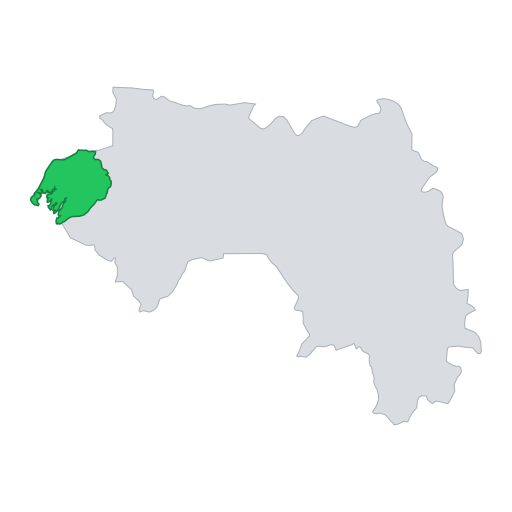 Guinea, with Boke highlighted
{"feature_id": "GIN-5629", "entity_name": "Boke", "entity_type": "Prefecture", "adm_level": 1, "iso_a3": "GIN", "parent_name": "Guinea", "parent_adm1": "", "projection": "mercator", "projection_center": [-14.564, 11.071], "detail": "fine", "context": "in_parent", "style": "filled", "palette": "green", "viewbox_px": 512, "rotation_deg": 0, "n_neighbors": 0, "source": "natural_earth", "source_scale": "10m", "svg_char_len": 6931}
<svg xmlns="http://www.w3.org/2000/svg" viewBox="0 0 512 512"><path d="M322.9,346.8L318.2,346.1L316.1,347.0L309.9,354.3L306.1,357.2L300.4,356.3L298.3,356.8L296.7,356.0L298.9,352.0L301.8,344.0L309.5,336.0L309.6,334.3L306.5,329.6L303.2,323.2L303.2,316.3L302.6,311.4L295.8,310.0L294.6,309.2L294.4,307.5L298.2,298.9L298.5,297.2L298.1,295.7L293.9,291.3L287.4,283.2L276.3,266.5L272.2,263.0L268.2,257.9L266.7,254.7L262.5,253.5L223.7,253.7L223.0,258.1L209.7,261.0L201.4,257.6L192.3,259.6L187.8,261.8L184.4,271.5L182.4,273.6L180.4,278.0L178.6,280.4L176.6,285.2L172.3,292.0L167.7,296.4L159.9,298.8L157.5,306.0L155.7,308.6L152.7,310.7L149.5,312.1L143.2,310.7L139.6,312.0L139.0,310.2L141.0,304.5L139.4,301.6L133.3,295.7L132.7,292.8L130.9,289.1L122.8,281.5L115.3,282.0L117.4,275.6L117.3,267.1L114.8,262.5L115.4,257.8L114.0,258.1L111.5,261.3L107.5,260.3L99.3,255.2L95.2,250.3L94.7,246.2L93.8,244.6L91.3,245.4L86.2,245.3L70.6,237.9L59.4,219.3L59.2,215.1L60.8,207.8L60.4,205.8L55.3,210.7L54.3,207.4L50.4,199.9L49.3,195.6L45.6,193.7L42.6,193.4L40.2,194.8L37.2,203.6L34.9,203.5L32.5,201.6L33.0,195.1L39.0,186.9L49.1,166.2L52.7,161.5L55.0,159.8L59.7,159.6L69.0,156.8L80.4,150.4L89.1,150.9L99.4,150.1L112.8,145.7L112.9,131.7L112.5,128.6L107.7,125.8L105.0,123.4L102.6,120.3L99.7,118.1L99.8,115.8L105.7,112.9L111.2,112.9L113.0,111.8L114.3,109.8L115.9,104.7L116.4,99.4L112.8,92.3L113.0,87.2L132.7,88.0L143.5,89.4L152.4,89.8L153.8,90.9L152.6,95.8L153.7,98.7L156.7,99.5L161.7,96.1L164.2,96.8L169.8,101.1L174.9,102.3L180.5,104.6L185.8,105.8L190.5,105.7L194.0,108.1L200.6,108.8L209.1,105.8L215.7,104.4L225.1,104.1L230.0,105.1L244.3,102.7L255.5,104.0L253.8,105.7L248.6,116.9L249.2,118.8L260.6,128.3L263.3,129.0L266.4,127.7L271.3,123.3L275.2,118.6L278.9,116.3L283.3,116.5L286.7,119.8L294.9,133.8L296.9,135.5L298.9,135.5L302.4,132.9L304.2,129.8L311.7,120.6L323.4,116.0L351.0,126.6L355.1,127.4L357.5,126.6L360.9,120.3L371.3,115.0L376.3,113.5L379.2,113.3L380.3,111.6L380.8,109.1L380.2,106.4L377.0,101.7L376.9,100.3L378.7,99.4L382.7,98.7L387.9,99.2L393.6,101.2L398.4,104.2L401.0,107.7L406.2,122.5L412.0,134.1L411.8,149.6L414.4,151.1L417.2,151.8L418.6,153.0L421.4,159.4L424.0,161.3L427.2,161.7L433.2,165.8L437.1,167.4L437.6,168.6L437.5,170.3L436.0,172.5L430.2,176.7L427.3,180.4L421.4,189.2L421.3,190.8L422.5,192.0L425.0,192.2L427.6,191.6L433.0,188.4L437.2,189.5L441.3,192.0L442.8,194.5L443.2,197.8L442.3,202.1L442.1,206.9L443.5,215.1L445.6,223.2L447.8,226.2L461.4,233.4L462.7,236.1L463.4,239.1L462.4,243.3L461.0,245.6L453.6,251.9L452.4,255.0L453.0,260.6L453.5,284.5L456.5,288.5L460.0,290.5L468.2,289.4L468.0,296.0L466.9,303.4L471.6,305.7L474.1,307.9L475.4,310.0L467.8,314.0L465.6,316.3L464.6,322.5L464.9,328.2L475.0,332.3L478.9,337.0L480.7,342.0L481.3,351.4L480.4,353.5L477.8,353.5L472.6,347.8L464.7,347.2L458.9,346.1L449.1,346.9L447.4,348.6L446.3,361.0L448.6,363.1L453.3,365.4L456.4,366.4L458.9,366.2L460.8,367.7L461.3,371.8L459.9,374.8L457.4,377.6L454.1,384.7L454.8,391.3L449.3,401.8L447.8,403.8L440.5,401.8L435.7,401.1L432.3,403.7L427.5,399.6L426.6,396.4L424.9,395.8L421.7,395.8L418.7,397.6L417.5,400.9L416.8,407.6L411.5,414.0L407.7,421.9L403.4,421.2L402.4,422.1L397.8,424.2L393.8,424.8L392.8,422.6L390.5,420.9L387.9,417.6L385.0,414.8L379.3,412.9L377.1,413.8L374.5,413.6L372.7,412.5L373.0,410.9L375.9,406.7L377.6,402.9L378.5,398.8L378.5,394.8L376.9,389.2L374.4,384.8L373.8,382.2L374.1,378.6L373.5,375.2L372.7,373.4L371.5,366.9L370.0,365.8L369.2,360.6L369.4,355.3L367.3,353.3L363.8,351.8L361.8,349.8L360.6,347.5L359.3,346.8L358.3,346.9L357.3,348.4L356.2,348.7L354.2,343.7L353.4,343.5L352.0,344.7L336.2,350.2L334.1,345.5L331.1,344.6L325.9,346.5L322.9,346.8Z" fill="#d9dde1" stroke="#a8b0b8" stroke-width="1"/><path d="M78.9,149.8L79.2,149.9L79.6,150.1L84.7,150.4L86.1,150.2L86.7,150.3L87.2,150.7L87.7,151.2L88.3,151.5L89.3,151.8L90.2,151.7L92.0,151.4L93.0,151.4L95.6,151.8L95.1,154.5L93.6,156.4L93.6,158.2L95.3,159.5L98.4,159.5L100.6,161.2L101.5,164.8L102.0,167.9L103.7,169.4L106.2,170.0L108.3,173.3L107.2,174.3L106.0,174.5L106.3,175.1L106.6,175.2L106.9,175.3L107.7,175.4L108.0,175.5L108.5,176.3L109.0,176.7L109.7,177.7L109.8,178.1L109.7,179.5L109.8,179.9L110.1,180.1L110.4,180.3L111.0,180.9L111.1,181.2L111.2,181.6L111.2,182.1L111.2,183.4L111.2,184.0L110.5,186.6L110.4,186.8L110.2,187.0L109.6,187.2L109.1,187.6L107.9,188.7L107.7,189.1L107.8,189.7L107.2,192.5L106.2,194.8L105.1,198.2L100.8,200.2L97.2,199.9L94.1,204.3L90.4,208.0L87.7,211.9L83.9,214.9L79.7,216.2L71.9,216.6L68.6,218.1L66.2,220.1L63.9,221.9L64.0,221.9L63.9,221.9L63.0,221.9L62.3,222.4L61.7,223.0L61.1,223.5L60.2,223.9L59.2,224.0L58.2,223.8L57.7,223.1L57.3,223.1L56.9,223.9L56.5,223.6L56.2,222.7L56.1,221.6L56.1,220.6L56.3,219.7L56.9,218.0L57.6,218.2L58.4,217.6L59.3,216.6L60.2,215.9L58.8,215.9L58.3,215.1L58.3,214.0L59.1,210.5L59.6,209.6L60.2,210.0L60.6,210.0L60.7,209.1L61.2,208.6L61.7,208.3L61.9,208.1L62.7,205.3L64.2,202.3L65.0,202.0L65.5,201.1L65.6,200.2L65.3,199.3L65.5,199.0L66.1,198.1L64.9,198.5L64.7,199.0L64.9,199.7L64.8,200.6L62.8,202.1L62.5,202.3L61.6,203.0L60.6,204.6L59.7,206.2L59.0,208.2L58.2,209.6L56.5,211.7L54.8,213.2L53.9,213.5L53.6,212.7L53.7,211.8L54.0,211.1L54.6,210.7L55.2,210.4L54.8,210.3L54.4,210.3L54.1,210.5L53.6,210.8L52.7,210.0L53.5,207.5L54.0,206.5L54.6,205.5L55.0,205.2L55.9,204.6L56.3,204.2L56.6,203.7L56.8,203.3L56.9,203.2L56.6,203.0L56.1,202.7L55.3,203.8L52.5,205.9L51.8,207.0L51.1,209.3L50.3,210.0L49.7,208.8L48.9,208.0L48.3,207.2L48.1,205.7L49.0,205.8L49.7,205.2L50.2,204.4L50.6,203.6L50.9,202.8L51.1,201.8L51.2,201.0L51.1,200.6L51.3,200.3L51.3,200.0L51.5,199.3L50.3,200.2L50.0,200.7L49.8,201.2L49.5,201.5L47.8,202.3L47.3,202.3L47.2,201.6L47.3,200.9L47.4,200.3L47.8,199.8L47.4,199.2L47.4,198.7L47.6,198.1L48.1,197.7L47.0,197.6L46.6,196.8L46.8,195.9L47.3,195.1L48.1,194.6L49.1,194.2L50.3,194.0L51.3,193.9L52.0,193.5L52.4,192.6L52.7,191.7L52.9,191.3L54.0,191.0L55.1,189.7L56.1,189.2L55.6,188.8L55.3,188.4L54.8,187.4L54.7,188.0L54.5,188.6L54.2,189.0L53.8,189.2L53.4,189.2L52.5,189.6L52.3,189.8L52.0,191.0L51.4,192.1L50.5,192.5L49.4,192.1L49.1,192.4L48.8,192.5L48.4,192.6L47.8,192.6L48.1,191.4L47.8,190.6L47.2,190.5L46.9,191.1L45.2,193.4L43.3,193.0L42.1,189.5L40.6,189.6L41.7,190.7L41.8,191.8L41.5,192.9L41.1,193.9L39.8,192.9L39.1,192.6L38.1,192.6L40.1,194.1L40.9,195.0L41.1,196.0L40.5,197.1L39.3,198.3L38.2,199.1L37.7,199.1L37.6,198.9L37.3,198.9L37.0,198.9L36.9,199.1L36.9,199.5L37.2,200.1L37.3,200.4L37.3,202.5L37.5,202.9L38.1,203.2L38.7,203.5L39.0,204.2L38.8,204.5L38.1,205.7L37.0,205.2L34.8,204.9L33.7,204.2L32.5,202.9L31.4,201.5L30.8,200.1L30.7,198.9L31.1,197.8L32.1,196.6L32.5,196.4L33.7,196.0L34.0,195.8L34.0,195.3L34.2,194.9L34.5,194.5L34.8,194.2L34.8,193.9L34.5,193.9L34.4,193.8L34.4,193.6L34.4,193.4L36.1,191.6L38.2,189.2L44.0,177.8L45.2,172.9L46.1,170.6L52.2,161.7L53.3,160.5L54.7,159.7L57.3,159.4L62.3,160.0L64.8,159.5L70.2,156.6L75.9,153.5L76.7,152.8L77.1,152.2L77.8,150.7L78.3,150.2L78.9,149.8Z" fill="#22c55e" stroke="#15803d" stroke-width="1.5"/></svg>